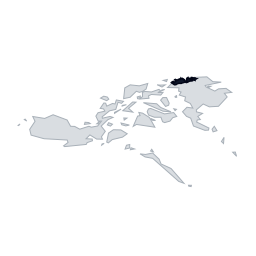 Surigao del Sur, Surigao del Sur, Philippines (highlighted), rotated 273°
{"feature_id": "2640588B11290582279728", "entity_name": "Surigao del Sur", "entity_type": "district", "adm_level": 2, "iso_a3": "PHL", "parent_name": "Philippines", "parent_adm1": "Surigao del Sur", "projection": "equal_earth", "projection_center": [126.233, 8.71], "detail": "fine", "context": "in_parent", "style": "filled", "palette": "ink", "viewbox_px": 256, "rotation_deg": 273, "n_neighbors": 0, "source": "geoboundaries", "source_scale": "gbopen_adm2", "svg_char_len": 7450}
<svg xmlns="http://www.w3.org/2000/svg" viewBox="0 0 256 256"><g transform="rotate(273 128 128)"><path d="M121.5,29.9L129.8,34.8L134.5,32.3L133.2,44.3L137.3,52.5L132.8,66.8L126.7,70.6L126.8,74.6L124.3,79.9L127.7,88.9L126.9,91.3L128.4,97.6L133.5,101.2L133.3,97.9L138.2,95.3L141.7,97.3L143.6,104.0L145.8,102.6L146.1,99.2L151.7,102.6L151.6,104.4L148.7,105.6L151.7,111.3L151.3,113.8L155.4,114.9L154.4,122.1L152.3,120.2L153.2,116.7L145.9,114.8L144.2,108.7L137.8,101.6L136.4,101.9L138.6,109.4L137.8,112.5L135.3,107.5L128.5,101.1L123.5,105.5L117.8,101.9L115.5,103.1L115.3,97.3L119.1,90.3L115.1,86.7L115.1,92.8L113.4,93.2L111.3,88.0L109.4,87.1L106.1,65.7L106.8,64.6L110.4,68.9L112.8,67.9L112.9,44.7L115.8,31.6L121.5,29.9ZM170.5,165.4L178.7,172.8L180.0,177.8L178.1,183.3L180.7,185.0L181.8,189.4L183.2,204.1L178.7,210.3L178.7,218.7L174.5,202.8L173.0,203.9L169.4,212.8L171.8,216.3L172.7,223.8L169.0,229.7L167.7,222.4L164.2,225.4L154.4,217.2L153.4,208.1L155.9,201.8L149.7,195.3L147.7,195.5L146.5,201.7L143.2,197.1L140.2,199.8L139.7,196.8L137.6,196.2L132.2,208.8L130.1,208.5L129.7,204.9L133.4,193.3L141.1,190.1L142.7,185.8L147.1,181.6L151.8,185.8L151.3,191.7L155.8,188.9L158.2,183.2L162.0,183.8L163.6,177.5L166.7,179.1L167.5,176.6L170.8,176.8L170.5,165.4ZM145.8,172.8L142.1,176.1L140.6,172.1L137.1,169.6L135.3,164.3L136.1,162.2L140.5,160.3L140.1,153.8L142.0,147.9L145.2,146.3L148.1,147.4L148.7,149.6L144.0,163.7L145.8,172.8ZM167.9,122.7L171.2,127.9L170.7,137.1L173.5,145.4L167.8,144.0L165.5,140.9L164.2,137.6L165.1,134.4L158.8,128.5L157.1,122.1L167.9,122.7ZM129.9,133.1L140.4,137.0L141.0,139.4L144.1,138.0L143.6,141.8L139.6,148.9L130.2,154.8L132.0,136.3L129.9,133.1ZM89.8,173.1L75.7,186.8L77.3,181.5L99.0,154.2L100.0,146.6L102.8,141.4L102.5,146.9L104.3,153.9L98.5,160.7L93.8,162.9L89.8,173.1ZM112.8,107.5L121.9,108.8L125.5,113.5L125.7,121.0L122.2,127.5L118.6,123.0L115.6,112.9L112.1,109.1L112.8,107.5ZM160.2,140.9L164.3,140.5L165.4,142.9L165.2,149.5L168.2,156.9L166.7,158.7L164.9,155.9L165.4,161.1L162.6,159.0L162.7,149.6L161.2,146.8L158.8,147.4L157.5,138.0L160.2,140.9ZM146.4,170.1L146.6,162.1L154.1,142.0L153.7,155.4L150.2,159.6L146.4,170.1ZM160.4,164.9L155.0,167.8L152.9,167.4L151.5,164.4L157.5,159.1L160.2,161.2L160.4,164.9ZM145.0,121.9L154.2,131.3L154.2,134.6L147.7,127.5L144.1,132.0L145.0,121.9ZM157.8,105.8L155.8,107.3L154.2,105.3L156.4,99.0L158.5,102.1L157.8,105.8ZM134.2,214.1L130.0,217.0L128.6,213.2L131.2,212.0L134.2,214.1ZM106.8,126.2L110.7,127.4L111.6,130.6L108.1,130.7L106.8,126.2ZM130.0,107.2L132.3,108.4L131.0,112.3L129.0,110.4L130.0,107.2ZM119.4,222.0L123.7,224.4L117.5,224.2L119.4,222.0ZM173.0,162.9L170.7,159.8L172.7,154.8L172.5,157.8L173.0,162.9ZM132.6,120.8L131.0,129.2L130.0,125.7L130.9,121.6L132.6,120.8ZM109.3,233.8L109.6,236.4L105.4,237.9L109.3,233.8ZM131.5,84.8L131.4,88.5L130.4,90.1L129.3,84.3L131.5,84.8ZM138.8,150.2L136.9,155.1L136.9,152.2L138.8,150.2ZM108.4,132.1L107.4,135.6L106.4,131.5L108.4,132.1ZM160.6,138.6L159.2,138.7L157.8,136.0L159.5,135.6L160.6,138.6ZM137.8,123.3L137.8,126.4L135.7,123.8L137.8,123.3ZM178.5,164.7L176.4,164.1L177.4,160.7L178.5,164.7ZM142.9,113.7L146.5,120.1L141.9,113.8L142.9,113.7ZM108.0,152.8L105.5,154.6L106.2,151.7L108.0,152.8ZM149.6,172.7L149.2,175.4L147.8,174.1L149.6,172.7ZM150.4,121.4L151.2,125.2L149.4,120.5L150.4,121.4ZM74.1,194.3L72.8,194.1L73.1,191.7L74.0,191.4L74.1,194.3ZM162.8,174.8L161.2,175.0L161.1,173.6L162.0,173.3L162.8,174.8ZM174.0,208.6L172.9,206.8L173.2,205.1L174.0,206.0L174.0,208.6ZM110.7,102.9L111.4,105.0L109.5,102.6L110.7,102.9ZM167.7,159.8L168.4,162.6L166.6,159.2L167.7,159.8ZM131.5,24.8L129.6,26.5L131.0,24.0L131.5,24.8ZM133.1,99.4L130.6,97.8L130.6,96.6L133.1,99.4ZM124.9,18.1L126.4,20.0L124.7,18.7L124.9,18.1Z" fill="#d9dde1" stroke="#a8b0b8" stroke-width="1"/><path d="M173.7,173.5L173.9,173.6L174.0,173.8L174.7,174.9L175.0,175.6L175.2,176.3L175.3,177.1L175.3,177.6L175.3,178.4L175.4,179.1L175.5,179.3L175.9,179.9L176.2,181.1L176.9,182.7L176.6,183.2L176.5,183.7L176.8,183.7L176.9,184.2L176.8,184.3L176.7,184.8L177.0,185.3L177.2,185.6L177.4,185.6L177.3,185.9L177.5,186.2L177.7,186.3L177.8,186.5L178.0,186.9L178.0,187.5L178.8,188.0L178.4,188.5L178.6,188.7L178.3,189.0L178.4,189.4L178.5,189.3L178.7,189.5L178.8,189.7L178.9,189.8L179.0,189.9L179.3,190.5L179.2,191.6L179.5,191.6L179.4,191.8L179.5,192.1L179.2,192.3L179.1,192.5L180.6,192.5L180.6,193.5L180.8,193.8L180.8,193.4L181.0,193.2L181.4,192.8L181.5,192.7L181.3,192.8L181.4,192.6L181.2,192.6L181.2,192.4L181.3,192.3L181.3,192.2L181.4,191.7L181.4,191.4L181.5,191.1L181.7,190.9L181.5,191.0L181.4,190.8L181.4,190.7L181.5,190.7L181.5,190.3L181.6,190.2L181.6,189.9L181.7,189.7L181.6,189.4L181.6,189.2L181.7,188.9L181.8,188.9L181.8,188.7L181.7,188.7L181.5,188.9L181.2,189.1L181.0,189.3L180.9,189.4L180.9,189.5L180.7,189.4L180.7,189.5L180.4,189.6L180.2,189.0L180.2,188.8L180.4,188.6L180.5,188.6L180.7,188.3L180.8,188.2L180.9,187.8L180.8,187.7L180.7,187.7L180.3,187.6L180.3,187.4L180.3,187.2L180.2,187.0L180.4,186.9L180.5,186.9L180.5,186.7L180.6,186.8L180.6,186.5L180.8,186.4L180.8,186.2L180.8,185.8L180.7,185.9L180.6,185.7L180.6,185.4L180.6,185.2L180.7,185.3L180.8,185.2L180.7,185.2L180.8,185.2L180.8,185.3L181.1,185.3L181.0,185.2L180.9,185.0L181.0,184.9L181.0,184.7L180.6,184.5L180.7,184.2L180.4,184.1L180.5,184.2L180.4,184.3L180.4,184.2L180.2,184.2L180.2,184.3L180.2,184.2L179.8,184.3L179.8,184.2L179.5,184.0L179.3,184.0L178.9,183.9L178.7,184.0L178.9,184.1L179.0,184.1L179.1,184.3L178.8,184.4L178.4,184.1L178.4,184.3L178.2,184.3L178.1,184.2L177.9,184.1L177.9,183.8L177.8,183.7L178.0,183.5L177.5,183.0L177.6,182.9L177.6,182.5L177.7,182.4L177.8,182.4L178.0,182.4L178.1,182.2L178.5,182.0L178.7,181.7L178.9,181.7L179.0,181.8L179.3,181.8L179.3,181.7L179.2,181.7L179.0,181.2L179.3,181.1L179.3,180.9L179.2,180.9L179.3,180.7L179.5,180.6L179.8,180.6L179.9,180.4L180.0,180.4L180.0,180.0L180.1,179.9L180.3,179.7L180.2,179.6L180.4,179.5L180.2,179.0L180.1,178.9L180.1,178.7L180.3,178.6L180.2,178.4L180.3,178.3L180.2,178.3L180.1,178.2L180.0,178.3L179.9,178.2L180.1,178.1L180.0,177.7L179.9,177.5L179.8,177.4L179.8,177.5L179.6,177.5L179.7,177.3L179.3,176.8L179.2,176.9L179.1,176.7L179.2,176.8L179.3,176.8L179.0,176.3L178.9,176.1L178.8,175.9L178.8,175.7L178.7,175.7L178.8,175.8L178.6,175.8L178.5,175.7L178.3,175.4L178.4,175.0L178.5,174.8L178.5,174.6L178.6,174.4L178.6,174.1L178.5,173.9L178.6,173.7L178.6,173.4L178.8,173.0L178.7,173.0L178.8,172.9L178.7,172.8L178.7,172.6L178.8,172.6L178.8,172.4L178.7,172.2L178.6,172.3L178.3,172.6L178.2,172.7L178.0,173.0L177.7,173.2L177.5,173.3L177.4,173.3L177.2,173.4L176.8,173.1L176.4,172.1L176.4,171.8L176.2,171.6L176.2,171.4L176.4,171.2L176.4,170.8L176.2,171.0L175.9,171.3L175.8,171.2L175.7,171.1L175.8,171.1L175.7,171.1L175.8,171.1L175.8,170.9L175.7,171.1L175.6,170.9L175.4,170.7L175.3,170.4L175.5,170.3L175.6,170.2L175.7,170.3L175.9,170.2L175.9,170.3L176.0,170.2L176.1,169.8L176.1,169.6L175.9,169.6L176.0,169.8L175.9,169.8L175.8,169.7L175.8,169.9L175.9,170.1L175.7,170.0L175.7,169.7L175.6,169.4L175.5,169.5L175.4,169.4L175.2,169.5L175.2,169.4L175.1,169.5L175.1,169.8L174.7,170.3L173.6,172.1L173.6,172.6L173.7,172.9L173.7,173.5ZM176.7,170.4L176.6,170.5L176.4,170.7L176.6,170.6L176.6,170.8L176.6,170.7L176.8,170.7L176.7,170.4ZM175.8,170.6L175.6,170.6L175.6,170.8L175.7,170.7L175.8,170.7L175.8,170.8L175.7,170.8L175.8,170.8L175.8,170.6ZM177.2,170.9L177.1,171.0L177.2,170.9ZM176.5,171.2L176.5,171.3L176.5,171.2ZM178.8,173.5L178.7,173.4L178.8,173.5Z" fill="#0f172a" stroke="#020617" stroke-width="1.5"/></g></svg>